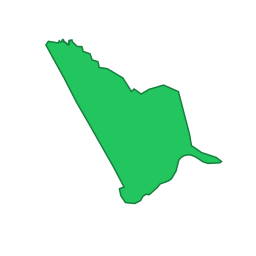 Isle of Wight, Virginia, United States of America, rotated 103°
{"feature_id": "52423323B3800654156797", "entity_name": "Isle of Wight", "entity_type": "district", "adm_level": 2, "iso_a3": "USA", "parent_name": "United States of America", "parent_adm1": "Virginia", "projection": "robinson", "projection_center": [-76.854, 36.893], "detail": "fine", "context": "isolated", "style": "filled", "palette": "green", "viewbox_px": 256, "rotation_deg": 103, "n_neighbors": 0, "source": "geoboundaries", "source_scale": "gbopen_adm2", "svg_char_len": 1827}
<svg xmlns="http://www.w3.org/2000/svg" viewBox="0 0 256 256"><g transform="rotate(103 128 128)"><path d="M81.2,87.1L78.2,103.0L85.6,116.2L91.9,122.8L88.6,130.8L91.6,132.9L80.4,144.3L74.9,161.5L75.5,169.7L70.1,172.3L69.7,178.2L64.2,181.8L63.5,188.9L59.1,191.2L60.0,195.7L56.6,201.5L54.8,202.5L55.0,202.8L55.3,203.0L55.4,203.3L55.5,203.4L55.7,203.5L55.8,203.8L55.7,204.0L55.5,204.3L56.0,204.4L56.1,204.5L56.1,205.0L56.3,205.2L56.5,205.1L56.5,204.9L56.8,204.9L56.9,205.0L57.1,204.9L57.2,204.6L57.3,204.5L57.7,204.6L57.8,204.6L57.8,204.4L58.0,204.4L58.0,204.9L58.5,204.7L58.7,204.4L58.6,204.2L58.8,204.4L59.0,204.4L59.1,204.6L59.3,204.3L59.5,204.1L59.8,204.2L60.3,204.7L60.6,205.0L60.6,205.4L60.4,205.7L60.4,206.0L60.1,206.2L59.9,206.5L59.6,206.6L59.5,206.3L59.3,206.4L59.3,206.5L59.3,206.9L59.4,207.0L59.6,207.0L59.1,207.2L59.0,207.3L59.1,208.2L59.0,208.4L58.9,208.5L58.8,208.3L58.7,208.4L58.6,208.6L58.5,208.8L58.3,208.8L58.2,208.9L58.3,209.0L58.6,209.0L58.9,209.4L58.9,209.6L58.6,209.7L58.1,210.0L57.8,210.1L57.8,210.3L58.0,210.4L57.9,210.9L57.8,211.2L57.5,211.4L57.5,211.5L57.4,211.4L57.2,211.0L57.0,210.9L57.0,211.0L56.9,211.2L56.8,211.5L56.7,211.5L56.7,211.1L56.6,210.9L56.4,211.1L56.5,211.6L57.1,211.9L57.7,211.7L58.0,211.8L59.0,212.5L59.3,212.8L59.3,213.0L59.1,214.0L58.5,214.5L58.9,214.8L59.4,214.6L59.8,214.6L60.3,214.8L60.8,215.3L61.5,225.1L65.5,226.7L77.5,216.1L93.1,202.0L114.8,183.7L133.3,166.4L169.2,133.4L186.4,118.6L189.1,122.7L195.5,119.8L201.2,113.8L200.1,104.5L195.9,99.4L191.6,98.3L189.1,96.2L188.1,94.2L188.5,93.1L187.8,92.0L179.2,86.0L175.3,84.1L170.5,76.7L167.6,74.2L159.2,71.5L148.1,71.3L145.4,70.1L142.6,67.5L140.7,63.8L140.2,60.1L141.0,55.4L144.1,47.3L144.5,42.1L141.3,30.8L139.6,29.3L136.8,35.6L135.4,50.7L130.9,62.2L120.6,66.5L81.2,87.1Z" fill="#22c55e" stroke="#15803d" stroke-width="1.5"/></g></svg>